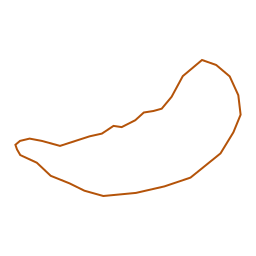 outline of PiisEmwar, Federated States of Micronesia
{"feature_id": "79324940B93470645424245", "entity_name": "PiisEmwar", "entity_type": "district", "adm_level": 2, "iso_a3": "FSM", "parent_name": "Federated States of Micronesia", "parent_adm1": "", "projection": "natural_earth1", "projection_center": [152.701, 6.836], "detail": "fine", "context": "isolated", "style": "outline", "palette": "amber", "viewbox_px": 256, "rotation_deg": 0, "n_neighbors": 0, "source": "geoboundaries", "source_scale": "gbopen_adm2", "svg_char_len": 505}
<svg xmlns="http://www.w3.org/2000/svg" viewBox="0 0 256 256"><path d="M153.4,111.0L143.8,112.5L135.3,120.2L121.7,127.1L113.5,125.9L101.9,133.6L89.7,136.3L60.0,145.9L41.8,140.9L29.6,138.6L20.0,140.9L15.4,144.8L17.0,149.4L20.3,155.1L36.8,162.7L50.7,175.8L69.6,183.4L84.4,190.7L103.3,196.0L136.0,192.9L164.4,186.4L190.5,177.6L220.5,153.4L233.4,132.3L240.6,114.7L238.3,95.2L229.7,76.4L216.2,65.0L202.0,60.0L182.8,76.1L171.6,96.8L161.7,108.7L153.4,111.0Z" fill="none" stroke="#b45309" stroke-width="2"/></svg>